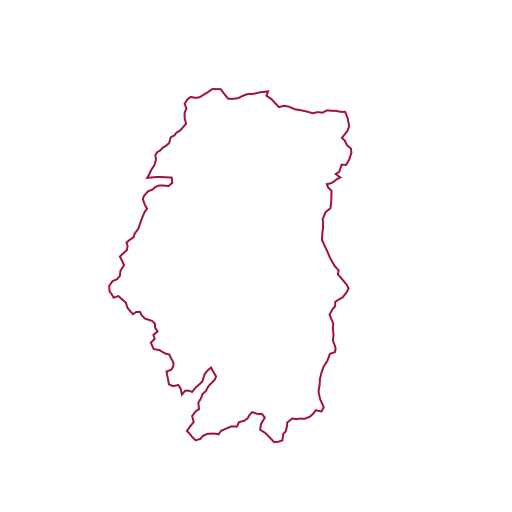 Cajati, São Paulo, Brazil, rotated 327°
{"feature_id": "56859067B27281882546781", "entity_name": "Cajati", "entity_type": "district", "adm_level": 2, "iso_a3": "BRA", "parent_name": "Brazil", "parent_adm1": "São Paulo", "projection": "orthographic", "projection_center": [-48.207, -24.777], "detail": "fine", "context": "isolated", "style": "outline", "palette": "rose", "viewbox_px": 512, "rotation_deg": 327, "n_neighbors": 0, "source": "geoboundaries", "source_scale": "gbopen_adm2", "svg_char_len": 3131}
<svg xmlns="http://www.w3.org/2000/svg" viewBox="0 0 512 512"><g transform="rotate(327 256 256)"><path d="M226.2,422.0L230.4,419.8L231.8,411.0L234.5,403.9L239.7,398.1L242.7,393.9L247.5,389.4L252.8,385.4L258.5,383.0L264.7,378.3L270.0,379.6L272.5,376.7L273.7,372.4L274.3,368.9L278.2,364.2L280.9,358.7L284.0,354.8L284.9,349.3L285.8,345.2L291.7,342.1L294.9,341.3L297.5,337.6L301.6,337.6L305.9,337.9L312.3,335.8L316.0,333.5L316.4,329.5L315.5,321.7L314.7,315.9L317.5,313.0L316.5,307.2L317.0,298.2L318.4,290.4L320.0,278.6L324.8,272.0L327.2,269.4L329.9,265.4L332.1,261.3L338.3,257.1L344.4,256.5L348.4,251.8L354.9,242.4L353.8,238.1L354.5,234.3L358.3,235.8L361.7,236.0L365.8,235.6L369.5,236.0L367.5,230.7L371.7,230.7L377.6,226.0L381.2,228.7L387.0,225.7L392.4,221.2L394.1,217.4L392.7,212.7L393.3,207.2L392.3,203.7L396.7,202.3L400.4,201.1L404.7,198.1L407.9,190.4L409.3,183.7L405.5,181.2L402.1,177.8L397.8,174.9L395.1,172.6L389.9,172.0L385.9,168.8L381.4,167.2L377.1,162.3L372.7,157.9L368.5,154.1L364.6,148.3L361.3,145.3L356.4,143.7L355.5,139.2L354.4,132.9L352.1,127.3L355.8,124.5L348.3,120.8L341.8,118.5L337.5,115.7L332.4,114.5L326.8,113.9L321.9,111.4L318.3,108.9L317.6,101.9L317.3,96.9L310.3,92.2L304.8,92.4L299.3,92.2L295.4,92.2L291.6,90.6L287.9,87.0L283.6,87.3L279.0,89.5L278.0,94.4L274.1,97.0L271.3,101.4L269.4,106.9L263.5,108.7L260.0,109.5L256.6,109.2L253.4,110.4L249.1,110.0L244.8,113.9L241.1,114.5L237.0,114.3L233.3,115.3L229.7,115.1L226.6,116.5L224.5,120.8L220.3,124.5L215.5,126.5L210.8,129.4L207.3,131.2L216.7,136.2L222.1,140.0L228.0,144.3L225.7,149.0L220.8,149.7L216.0,145.9L213.0,144.1L209.4,143.3L205.3,143.9L200.5,142.9L194.6,144.7L192.0,146.8L190.7,152.5L190.4,157.0L186.6,158.4L180.8,162.3L175.4,166.5L172.1,169.1L166.5,171.1L163.5,173.6L158.6,173.7L154.8,174.1L153.7,177.8L150.9,180.7L146.7,181.4L141.6,182.3L141.1,186.8L140.4,191.7L134.3,194.6L131.0,198.5L127.1,199.8L121.9,199.0L116.6,201.1L114.0,205.6L114.1,209.3L113.9,213.4L118.7,214.6L121.4,224.2L120.0,229.7L120.5,234.0L121.1,237.8L125.0,237.7L128.3,239.7L127.8,243.4L128.8,248.1L131.4,251.2L133.5,253.9L134.4,257.7L132.4,261.2L132.3,265.7L127.0,266.3L125.9,270.3L120.6,271.4L119.5,278.3L123.8,282.4L126.4,287.8L129.6,291.4L129.1,295.3L128.6,300.8L126.2,303.7L122.8,305.3L118.1,304.1L115.8,309.6L113.1,316.2L115.6,320.0L120.6,321.9L120.6,326.0L118.4,331.9L123.1,330.4L126.0,332.1L128.4,335.2L133.5,333.5L139.3,332.7L142.8,331.9L148.7,327.0L153.5,325.6L157.5,325.0L157.0,330.7L157.0,335.2L153.7,337.4L149.2,338.3L144.9,339.4L140.5,341.9L136.0,342.7L132.5,345.3L127.8,347.6L124.7,353.5L121.3,353.3L115.3,355.4L113.2,361.4L107.8,363.0L102.7,365.2L103.6,369.3L103.9,373.0L105.0,377.7L109.8,379.1L113.5,377.9L118.5,378.7L124.3,382.2L127.6,385.2L131.3,383.6L137.1,384.5L142.7,385.5L147.0,388.7L151.2,386.1L156.3,387.7L160.3,387.7L163.8,385.9L167.7,384.8L171.3,389.3L174.9,391.6L175.4,396.3L168.4,399.8L164.9,404.0L167.5,409.8L168.6,415.3L169.8,421.9L173.4,423.9L177.7,425.0L181.9,420.2L185.5,419.2L189.3,415.7L191.4,412.7L197.9,412.0L201.1,414.9L204.3,416.3L208.2,419.0L213.6,420.1L218.3,419.4L222.1,417.9L226.2,422.0Z" fill="none" stroke="#9f1239" stroke-width="2"/></g></svg>